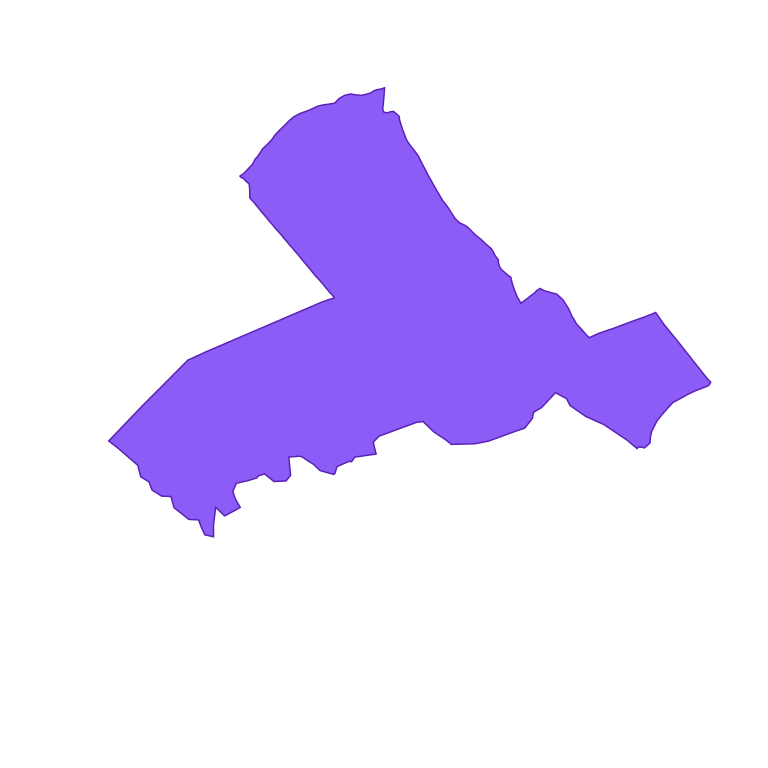 Al-Kut, Wasit, Iraq, rotated 311°
{"feature_id": "34846034B69182583813986", "entity_name": "Al-Kut", "entity_type": "district", "adm_level": 2, "iso_a3": "IRQ", "parent_name": "Iraq", "parent_adm1": "Wasit", "projection": "orthographic", "projection_center": [46.232, 32.471], "detail": "fine", "context": "isolated", "style": "filled", "palette": "violet", "viewbox_px": 768, "rotation_deg": 311, "n_neighbors": 0, "source": "geoboundaries", "source_scale": "gbopen_adm2", "svg_char_len": 3255}
<svg xmlns="http://www.w3.org/2000/svg" viewBox="0 0 768 768"><g transform="rotate(311 384 384)"><path d="M599.8,629.3L599.8,626.8L600.8,620.8L603.6,605.9L608.9,577.9L612.7,555.8L616.2,542.1L611.9,540.0L604.6,536.1L593.3,529.7L576.6,520.7L562.5,512.5L553.7,508.6L553.7,505.9L554.7,498.3L555.7,489.5L556.8,486.7L558.5,481.3L561.9,474.0L564.9,464.0L565.2,455.5L562.8,450.6L559.7,444.2L558.5,439.1L554.4,437.9L551.3,437.9L547.9,437.0L542.8,436.1L534.6,434.3L535.9,431.5L536.9,427.9L540.0,421.8L541.0,420.0L543.5,415.7L545.8,412.4L547.9,409.4L547.4,406.6L547.4,403.3L547.4,398.1L547.4,397.2L548.4,394.2L550.4,391.1L552.7,388.7L554.0,382.9L555.5,379.6L556.5,376.0L556.5,369.0L556.8,362.9L556.5,355.9L557.2,344.1L557.0,341.7L556.2,338.6L555.2,335.3L555.4,329.8L559.5,315.3L561.0,307.7L566.6,291.3L570.1,281.5L575.2,268.5L578.7,260.0L580.3,252.7L581.8,244.8L583.0,241.1L584.3,238.4L587.9,231.7L593.4,222.6L595.7,220.2L596.0,219.3L596.0,216.2L596.0,212.3L595.2,211.7L593.2,209.9L591.1,209.0L590.1,207.4L589.1,205.9L589.6,204.1L590.3,203.2L591.9,201.7L594.1,200.4L597.2,198.0L601.5,195.0L602.6,194.1L604.8,192.5L607.9,190.1L604.3,188.0L601.5,185.6L598.7,184.0L595.1,183.1L589.5,179.5L586.9,177.4L583.4,172.6L581.1,168.6L576.2,165.0L570.3,162.9L566.0,162.6L563.5,162.6L561.2,160.5L558.9,158.7L554.8,155.0L550.7,152.0L541.5,147.8L532.6,142.9L526.0,140.5L519.6,139.6L513.7,139.3L506.9,138.7L500.0,138.4L495.4,139.0L487.5,138.7L481.9,138.1L473.5,139.3L468.9,139.3L463.6,140.6L456.7,140.3L450.6,140.0L446.4,138.9L446.3,139.8L446.3,141.3L447.0,142.9L446.6,145.8L446.5,148.4L446.5,150.5L446.4,150.8L445.7,151.9L443.6,154.0L442.4,155.3L439.4,157.9L437.1,159.9L436.3,160.9L436.3,161.9L436.1,163.3L435.9,165.4L435.6,167.9L435.0,170.2L434.7,172.4L433.6,178.5L433.0,182.6L432.3,187.0L431.5,191.5L431.0,195.5L430.3,199.1L429.5,206.0L429.0,209.7L428.3,212.8L427.8,216.9L426.9,222.2L426.4,226.5L425.9,229.2L425.1,235.2L423.9,241.4L423.0,247.7L421.6,255.9L420.5,262.2L420.2,266.1L419.2,273.4L418.3,277.7L418.0,280.2L417.8,281.4L417.3,283.0L417.4,285.5L417.3,286.4L416.6,288.8L416.2,290.0L414.5,289.0L411.5,287.0L408.0,285.1L405.6,283.6L292.7,229.1L273.3,220.3L247.3,218.6L210.1,216.0L160.4,213.6L161.1,225.7L161.1,251.5L154.4,261.2L155.9,270.9L151.8,278.5L153.5,289.7L159.3,297.1L152.9,306.7L153.8,325.5L154.5,326.5L159.8,333.2L156.2,339.8L152.6,347.7L156.9,355.6L165.4,348.1L180.5,337.9L179.9,350.3L196.5,356.5L199.9,346.8L203.8,340.4L212.2,337.7L221.9,344.8L229.8,349.7L232.4,349.4L237.8,353.0L238.2,364.9L246.6,373.7L253.8,373.4L266.4,360.1L274.0,367.5L275.2,369.9L276.0,376.0L276.0,376.5L277.1,383.3L276.7,392.6L282.8,405.4L284.7,405.6L290.7,402.7L299.5,406.8L303.0,408.7L304.1,410.5L306.8,410.3L309.5,409.8L326.0,424.0L327.0,422.5L333.1,414.0L341.4,414.5L376.7,433.9L381.3,438.2L380.5,452.8L382.4,467.6L382.6,474.4L398.4,491.7L409.5,500.4L429.9,511.6L443.0,519.1L455.3,518.6L460.7,515.4L469.6,518.4L490.0,519.1L492.7,531.4L489.8,538.6L491.9,557.5L497.6,576.4L501.1,604.4L501.3,616.5L501.3,617.3L503.3,617.3L505.6,620.3L506.3,622.2L510.7,623.1L514.3,623.4L515.6,622.2L519.0,619.7L524.1,617.0L535.4,614.2L542.9,613.9L550.6,613.9L559.6,614.2L571.5,618.7L575.1,619.9L583.3,623.5L595.4,629.9L597.5,629.9L599.8,629.3Z" fill="#8b5cf6" stroke="#5b21b6" stroke-width="1.5"/></g></svg>